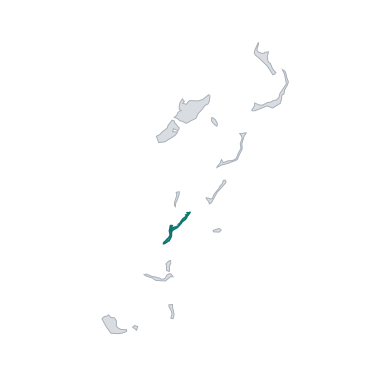 Long Island on a map of The Bahamas (Equal Earth projection), rotated 64°
{"feature_id": "BHS-5033", "entity_name": "Long Island", "entity_type": "District", "adm_level": 1, "iso_a3": "BHS", "parent_name": "The Bahamas", "parent_adm1": "", "projection": "equal_earth", "projection_center": [-75.131, 23.273], "detail": "fine", "context": "in_parent", "style": "filled", "palette": "teal", "viewbox_px": 384, "rotation_deg": 64, "n_neighbors": 0, "source": "natural_earth", "source_scale": "10m", "svg_char_len": 4733}
<svg xmlns="http://www.w3.org/2000/svg" viewBox="0 0 384 384"><g transform="rotate(64 192 192)"><path d="M127.6,156.2L127.5,161.7L127.8,165.8L127.5,167.3L123.8,170.0L122.8,171.6L119.3,173.1L117.2,175.3L116.2,171.8L114.2,169.6L113.9,165.9L112.3,167.2L110.1,166.4L106.4,163.6L104.1,159.8L107.4,159.2L108.1,161.5L110.7,158.7L110.1,157.1L109.6,156.9L108.8,154.1L112.8,146.7L113.6,141.9L111.9,134.3L113.6,133.8L117.9,136.5L119.9,139.1L119.9,142.7L121.7,145.6L124.4,152.3L127.6,156.2ZM130.4,177.0L130.4,178.1L127.0,180.9L129.4,183.0L131.8,178.5L133.6,182.1L134.5,188.9L134.4,190.1L134.5,191.1L134.9,192.4L135.0,194.3L133.1,200.2L126.3,199.6L126.2,194.6L125.2,193.7L123.7,186.5L121.6,184.2L118.7,178.4L120.4,176.8L122.7,177.4L123.8,176.6L127.0,176.1L128.9,175.3L130.4,177.0ZM288.2,316.8L287.1,320.2L283.5,326.6L275.4,328.2L266.5,328.5L265.8,326.8L265.6,325.2L266.2,322.8L266.2,321.9L265.8,320.9L269.1,319.9L271.2,316.9L274.6,316.4L278.8,318.5L281.1,318.5L284.4,316.2L287.1,311.2L288.7,311.9L288.2,316.8ZM145.5,102.1L144.7,102.5L141.9,98.0L139.5,96.6L143.2,93.5L144.8,90.7L144.8,84.7L145.7,81.5L145.4,78.6L146.3,75.7L145.2,72.5L142.1,69.9L136.1,59.7L126.6,57.2L121.6,57.1L124.4,55.5L126.9,55.7L130.7,56.6L135.4,57.1L138.2,60.1L140.9,64.1L143.3,65.7L144.3,66.7L144.2,67.9L144.6,69.0L147.8,70.9L151.0,73.9L151.9,82.7L147.5,86.9L146.6,99.8L145.5,102.1ZM103.1,64.9L107.2,66.3L109.3,66.1L110.7,65.2L116.7,65.6L121.6,64.3L122.3,66.6L122.1,67.9L111.8,69.1L102.2,72.6L97.0,74.9L94.6,75.2L92.7,74.0L86.5,66.7L88.2,67.4L92.8,71.5L95.7,70.8L98.3,68.1L98.8,66.0L98.4,65.1L99.6,61.8L103.1,64.9ZM164.8,120.9L170.4,126.0L175.1,127.9L180.2,134.3L182.4,136.6L182.8,138.7L181.9,148.1L180.7,153.8L180.9,158.9L179.7,157.4L178.5,154.1L176.5,152.2L175.8,151.2L179.4,151.0L179.8,145.8L181.5,141.8L181.3,137.6L177.1,132.9L174.2,128.8L169.8,127.5L165.8,123.4L163.3,122.9L160.4,123.6L161.4,121.2L162.2,118.0L162.7,117.4L164.8,120.9ZM226.0,238.8L225.8,239.9L221.4,230.8L216.0,228.6L212.9,226.4L213.6,225.1L215.7,224.6L216.1,221.7L215.2,218.6L212.3,212.3L210.7,208.0L210.0,207.0L209.8,203.5L213.2,209.0L214.6,213.9L216.8,218.8L218.3,227.1L222.7,229.9L225.8,233.9L226.0,238.8ZM247.7,269.9L245.3,271.3L245.8,268.9L250.4,264.9L252.9,261.4L254.3,260.1L254.9,259.1L256.9,257.8L257.9,255.6L257.6,253.7L255.5,250.6L255.5,248.5L256.2,246.9L259.8,246.2L258.8,248.5L260.3,255.0L255.6,263.2L251.5,265.7L247.7,269.9ZM210.1,179.3L210.3,181.6L208.0,181.1L204.6,182.0L203.4,182.0L204.2,180.4L206.5,178.3L206.6,176.3L203.8,173.3L200.4,166.0L198.9,164.3L198.1,161.6L195.3,158.6L195.9,157.0L196.5,156.7L198.4,157.4L202.7,167.9L202.9,168.9L210.1,179.3ZM287.4,260.1L289.5,260.7L290.7,260.7L294.6,262.0L297.0,263.9L297.5,264.7L296.2,266.4L292.6,263.2L289.5,262.8L285.1,262.9L283.3,262.3L284.5,258.9L287.4,260.1ZM252.7,246.6L253.5,247.4L251.3,249.2L246.4,247.0L245.3,247.1L244.3,244.7L243.9,242.9L244.2,241.3L247.1,242.6L248.7,244.9L252.7,246.6ZM141.1,142.3L137.3,143.3L134.5,142.3L133.8,141.6L135.0,140.3L137.6,139.3L141.7,139.2L143.5,140.4L143.7,141.0L141.1,142.3ZM197.9,213.4L196.5,213.7L194.0,212.5L188.0,206.9L185.3,206.4L186.2,203.3L188.3,204.4L193.1,209.2L194.9,211.6L197.9,213.4ZM239.9,185.3L237.2,190.2L235.8,189.8L236.6,183.6L238.4,182.6L239.2,182.6L239.9,185.3ZM291.9,302.4L287.4,304.6L286.9,302.0L289.2,299.8L291.9,302.4Z" fill="#d9dde1" stroke="#a8b0b8" stroke-width="1"/><path d="M225.3,234.8L225.8,235.3L226.0,236.5L226.2,237.9L226.3,239.7L226.2,240.1L226.0,240.3L225.6,240.2L225.4,239.9L225.1,238.3L224.7,238.6L224.4,237.4L223.5,235.3L223.1,233.4L222.8,232.8L221.6,231.0L221.3,230.6L220.9,230.4L217.0,229.4L216.1,228.7L215.7,228.3L213.2,226.4L212.7,226.1L212.8,225.7L213.0,225.3L213.2,224.9L213.5,224.5L214.0,225.2L215.0,225.8L215.3,226.4L214.4,226.2L214.2,226.1L214.4,226.6L214.7,227.1L215.1,227.4L215.5,227.3L216.0,227.7L216.6,228.4L216.9,228.6L217.3,228.7L217.9,228.8L218.2,228.6L218.0,228.1L216.0,225.5L215.8,224.7L215.9,223.5L216.2,222.6L216.5,221.8L216.7,221.1L216.7,220.0L216.4,218.8L216.1,217.7L215.5,217.0L215.4,217.2L215.1,217.6L215.1,216.6L213.8,215.2L213.9,214.2L213.4,214.1L213.0,213.9L212.8,213.5L213.0,213.0L212.3,212.3L212.0,211.6L211.8,209.5L211.1,207.3L210.8,207.1L210.6,207.2L210.3,207.5L209.9,207.6L210.2,205.4L210.0,204.8L209.3,205.5L209.6,204.9L209.7,204.7L209.9,204.5L209.5,204.4L209.2,204.7L209.0,205.2L208.5,205.5L208.5,205.1L208.9,204.7L209.2,204.1L209.3,203.5L209.3,202.7L209.5,202.7L209.6,202.9L209.8,203.0L209.9,203.3L211.9,207.3L212.4,207.7L213.0,208.6L213.6,209.6L213.9,210.5L214.3,213.6L214.7,214.4L215.3,215.2L217.3,220.0L217.3,220.5L217.5,220.9L217.6,221.9L217.6,223.9L217.9,226.1L218.5,227.5L219.5,228.3L222.4,229.7L223.6,230.9L225.8,233.9L225.7,234.2L225.5,234.6L225.3,234.8Z" fill="#14b8a6" stroke="#0f766e" stroke-width="1.5"/></g></svg>